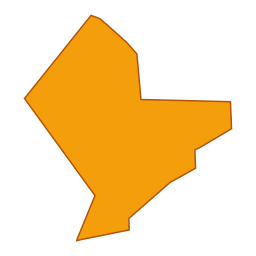 Bom Princípio do Piauí, Piauí, Brazil (Robinson projection)
{"feature_id": "56859067B36609863905827", "entity_name": "Bom Princípio do Piauí", "entity_type": "district", "adm_level": 2, "iso_a3": "BRA", "parent_name": "Brazil", "parent_adm1": "Piauí", "projection": "robinson", "projection_center": [-41.617, -3.159], "detail": "fine", "context": "isolated", "style": "filled", "palette": "amber", "viewbox_px": 256, "rotation_deg": 0, "n_neighbors": 0, "source": "geoboundaries", "source_scale": "gbopen_adm2", "svg_char_len": 689}
<svg xmlns="http://www.w3.org/2000/svg" viewBox="0 0 256 256"><path d="M199.0,148.0L225.7,132.2L231.5,128.8L231.2,119.1L230.4,101.7L168.1,100.2L140.9,99.5L139.9,87.5L136.8,53.9L135.0,51.9L133.3,49.9L131.4,47.7L129.6,45.7L127.4,43.2L125.9,41.6L123.2,39.5L120.8,37.1L118.8,35.3L117.2,33.9L115.4,32.3L112.8,30.0L110.3,27.8L108.6,26.2L106.2,24.1L104.2,22.5L102.4,20.7L99.7,18.7L97.3,17.7L95.5,17.0L93.5,16.3L91.1,15.4L89.3,17.6L74.4,36.2L62.5,51.1L24.5,98.5L63.2,151.8L95.0,195.6L77.4,238.5L76.8,240.6L83.0,239.2L121.8,231.4L126.6,230.4L129.1,230.0L129.1,227.7L128.8,218.5L167.8,184.4L170.0,182.5L195.5,168.2L194.9,149.9L199.0,148.0Z" fill="#f59e0b" stroke="#b45309" stroke-width="1.5"/></svg>